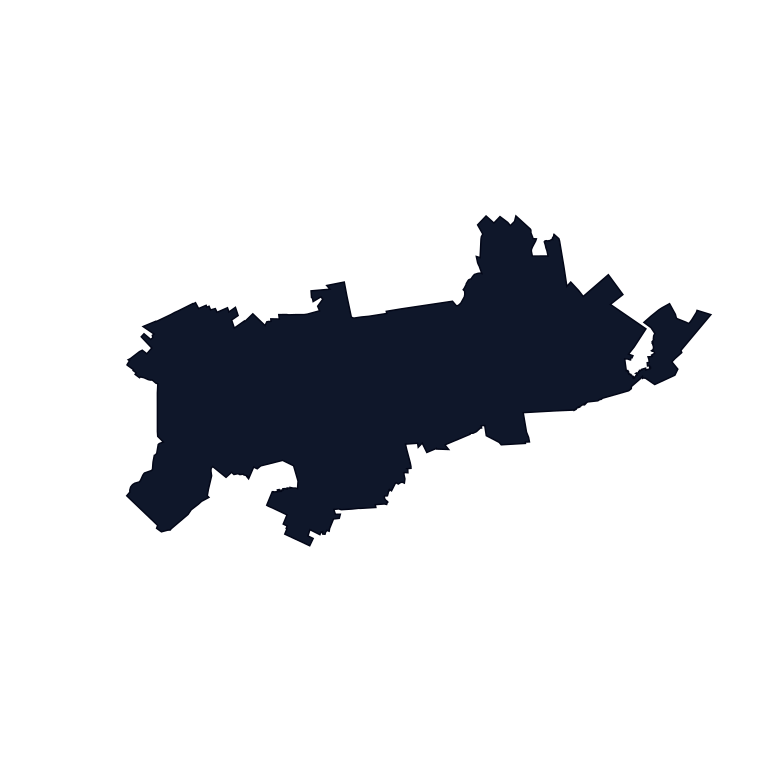 Salto de Agua, Chiapas, Mexico (Natural Earth projection), rotated 307°
{"feature_id": "50627088B63649052199970", "entity_name": "Salto de Agua", "entity_type": "district", "adm_level": 2, "iso_a3": "MEX", "parent_name": "Mexico", "parent_adm1": "Chiapas", "projection": "natural_earth1", "projection_center": [-92.162, 17.435], "detail": "fine", "context": "isolated", "style": "filled", "palette": "ink", "viewbox_px": 768, "rotation_deg": 307, "n_neighbors": 0, "source": "geoboundaries", "source_scale": "gbopen_adm2", "svg_char_len": 6159}
<svg xmlns="http://www.w3.org/2000/svg" viewBox="0 0 768 768"><g transform="rotate(307 384 384)"><path d="M615.0,574.8L620.0,563.7L612.2,560.2L608.7,558.9L598.8,556.4L589.6,554.5L589.7,563.3L587.3,570.1L586.6,570.0L584.7,570.4L581.9,572.1L581.9,572.8L579.0,572.7L578.6,573.5L578.0,573.5L577.8,574.4L578.5,574.4L577.9,575.0L577.5,574.6L575.8,577.0L573.6,578.2L571.5,577.6L571.6,578.5L572.5,579.9L571.4,581.7L568.1,580.3L567.7,581.6L567.2,581.6L564.6,578.5L563.2,580.6L560.9,582.8L559.4,581.4L557.0,583.6L558.4,585.0L557.2,586.1L557.8,586.7L557.2,587.3L556.6,586.7L556.0,587.2L552.8,584.6L554.1,583.4L550.8,581.0L550.3,581.5L548.8,580.0L548.2,580.6L547.3,579.8L546.0,580.8L545.4,580.2L545.3,579.6L544.7,578.9L544.3,578.8L544.9,579.6L544.1,580.3L543.8,580.0L543.3,580.7L542.6,580.0L541.5,580.4L539.9,579.9L539.3,580.5L539.0,580.3L539.5,579.7L538.9,579.5L539.6,579.0L539.2,578.8L539.8,578.2L539.4,578.0L540.1,576.3L539.6,575.7L540.1,575.2L539.6,574.5L539.9,574.1L539.3,573.5L540.5,572.4L540.0,572.2L540.4,571.6L540.9,571.9L541.3,571.1L541.0,570.7L541.3,570.4L540.3,569.6L548.8,561.2L550.5,563.2L551.2,565.6L551.6,566.4L553.7,565.3L554.1,566.3L556.4,565.8L555.0,561.3L564.0,561.5L585.7,560.0L583.8,516.9L599.2,521.0L606.3,497.4L573.8,490.4L575.8,483.1L577.8,471.8L572.0,471.3L586.2,456.8L603.9,438.1L605.3,436.2L605.8,430.2L605.0,430.8L604.5,430.6L604.6,430.3L604.1,430.6L602.5,430.6L602.2,430.9L601.8,430.8L601.1,431.4L601.1,431.1L600.5,431.1L599.1,430.4L597.9,430.1L597.8,429.5L596.8,428.8L596.3,427.6L595.6,426.9L595.2,426.5L594.7,426.9L594.0,426.5L592.1,429.2L590.1,431.5L588.7,433.7L585.0,438.0L575.4,425.5L578.6,421.9L579.9,420.9L582.7,420.1L589.6,419.0L591.6,418.3L589.7,415.5L590.6,414.5L593.1,410.4L595.3,408.7L595.8,407.6L597.6,388.2L592.4,390.4L586.5,389.6L587.5,385.6L587.5,375.9L578.7,374.9L579.6,364.4L567.4,363.0L563.2,372.7L560.3,373.1L558.2,374.2L542.8,384.7L541.4,381.0L537.2,385.8L536.0,387.8L535.6,388.8L531.1,395.7L530.6,394.3L529.0,392.5L525.9,390.3L523.3,390.1L520.4,390.3L518.3,389.0L517.5,388.9L513.7,389.3L512.7,389.8L508.6,390.5L507.0,390.5L506.7,392.5L504.2,394.6L502.0,395.7L495.0,396.7L492.5,396.3L491.0,395.8L490.0,394.6L491.3,388.9L454.0,352.2L443.4,342.1L442.0,343.8L429.0,331.2L423.8,325.5L418.4,320.2L417.7,317.7L432.1,301.2L441.5,290.9L428.2,279.0L427.2,283.8L414.5,269.7L409.5,274.0L409.4,275.3L407.2,277.8L415.7,281.2L414.8,284.1L406.2,284.2L403.7,288.5L393.6,280.7L391.3,278.4L386.8,272.4L381.9,266.3L380.9,264.5L376.1,258.2L372.9,261.3L367.9,254.4L366.2,256.0L365.1,255.2L364.7,254.4L363.2,253.0L359.1,253.8L361.1,237.0L350.2,235.3L350.4,234.6L338.6,230.8L343.4,223.8L350.9,226.3L355.8,219.2L348.2,216.8L350.7,213.1L340.8,207.5L342.7,203.9L338.8,200.9L340.8,197.5L338.7,196.3L339.8,194.6L332.7,190.5L335.5,184.5L333.2,183.5L333.3,183.0L318.8,175.8L315.2,173.8L311.2,172.0L296.6,164.4L296.8,164.0L284.9,157.0L285.5,170.3L283.4,169.7L281.9,171.5L279.2,170.9L279.7,162.1L275.6,161.7L273.0,176.9L265.4,176.4L265.5,170.6L262.6,169.2L251.7,166.2L249.4,165.1L249.4,166.8L244.7,167.2L244.5,167.4L244.7,175.1L243.8,175.4L243.8,179.4L241.9,179.4L241.9,185.0L243.4,185.3L243.5,186.1L244.6,188.6L245.6,193.0L246.4,194.8L247.7,196.5L247.4,201.5L248.1,203.2L240.6,208.3L229.5,216.7L209.6,231.7L206.0,234.8L204.9,242.7L201.2,240.4L199.8,240.1L191.7,244.3L189.3,243.9L188.8,243.5L182.7,246.5L176.6,250.4L175.8,250.5L174.7,250.2L168.8,246.3L168.1,246.2L166.0,246.3L160.8,247.5L159.5,247.6L158.5,247.5L154.8,244.7L152.7,243.9L151.5,243.7L149.2,243.7L146.4,244.8L144.7,246.1L139.9,245.8L134.9,288.3L131.9,289.2L132.0,295.2L137.2,299.3L138.8,301.2L140.1,301.1L161.9,306.0L167.5,305.7L176.3,308.1L180.5,308.9L188.1,312.4L188.4,310.1L194.3,307.1L206.9,301.6L210.3,298.2L212.2,296.9L213.2,296.7L215.0,296.9L214.4,314.0L221.8,315.4L221.4,318.6L224.2,321.1L225.1,322.5L224.7,322.8L224.9,323.4L227.3,325.9L227.0,326.5L228.2,329.7L227.6,330.0L228.0,331.0L227.4,331.5L227.2,331.3L226.8,332.9L239.2,329.9L240.0,333.8L244.4,334.8L262.0,349.0L264.3,361.0L254.7,373.8L248.4,377.9L247.6,375.9L246.2,374.1L244.9,371.3L244.4,371.8L242.6,369.2L241.9,369.8L240.9,368.2L241.0,368.0L239.5,366.3L238.6,367.1L237.2,365.6L236.5,366.6L235.4,365.4L236.6,363.8L235.3,362.6L234.2,364.2L233.4,363.4L233.7,363.2L230.9,360.8L231.5,360.6L230.8,359.6L216.6,363.3L216.8,365.1L217.9,369.5L221.1,385.3L211.5,387.8L212.3,392.1L209.8,392.8L210.0,393.6L204.4,395.1L210.1,422.0L218.0,420.4L216.9,414.7L223.1,412.5L225.1,423.5L228.2,422.7L228.4,423.0L227.9,423.5L228.0,423.9L229.1,424.0L227.3,425.4L228.5,427.3L230.6,426.5L232.7,426.5L233.4,428.8L235.9,427.5L245.8,424.9L249.8,429.1L253.7,427.5L250.7,423.6L253.6,419.4L257.0,423.0L257.9,425.5L264.9,433.7L269.4,438.5L270.4,439.9L280.5,451.8L282.4,449.6L288.4,456.5L289.4,458.6L290.8,458.1L291.1,457.7L291.8,458.2L292.0,458.1L292.2,457.7L292.3,455.0L292.6,454.0L293.4,452.8L294.3,452.1L295.3,452.0L295.9,453.1L296.8,454.0L299.9,452.8L300.6,452.2L301.8,452.5L302.5,451.7L303.0,451.7L303.2,454.3L311.6,452.8L312.1,453.2L312.5,453.2L312.7,455.6L315.2,456.5L316.1,457.2L316.6,457.8L317.1,459.9L320.8,457.8L323.9,454.2L324.4,454.0L324.8,453.2L325.5,453.4L327.5,456.5L330.3,454.2L330.3,453.4L332.9,456.3L334.4,455.1L336.9,452.3L345.3,441.6L348.9,437.3L356.9,446.5L354.1,449.4L359.8,450.1L355.1,459.4L364.1,464.6L363.7,465.1L370.6,475.0L371.9,469.8L372.3,469.4L395.7,483.0L396.3,482.4L398.4,484.8L401.6,486.5L406.7,487.4L407.6,488.4L409.1,486.7L411.5,489.4L404.3,496.8L406.7,511.1L406.0,514.2L421.7,532.7L422.7,531.8L425.3,535.0L428.4,531.6L431.3,526.8L444.9,512.4L465.6,536.9L477.6,551.5L477.4,551.7L479.1,552.5L479.2,552.3L479.7,552.6L480.7,552.4L483.0,553.9L483.0,553.2L484.4,554.2L487.6,555.3L487.6,556.3L488.5,556.1L488.6,556.7L489.1,556.6L489.2,556.3L489.9,556.6L489.6,556.9L490.5,557.0L490.5,556.7L492.3,557.5L499.3,564.9L501.6,565.7L502.2,566.5L502.9,566.9L503.9,566.9L525.9,583.5L529.1,584.3L530.9,583.1L542.2,585.5L545.5,585.9L544.1,587.1L544.9,587.5L546.0,589.4L546.5,600.5L566.1,611.0L572.7,609.7L574.9,600.6L579.5,601.1L588.3,602.9L589.5,600.9L636.1,603.3L631.2,589.7L629.2,590.4L620.3,591.2L617.3,591.2L615.6,590.8L615.1,588.0L612.5,578.5L612.9,577.4L615.0,574.8Z" fill="#0f172a" stroke="#020617" stroke-width="1.5"/></g></svg>